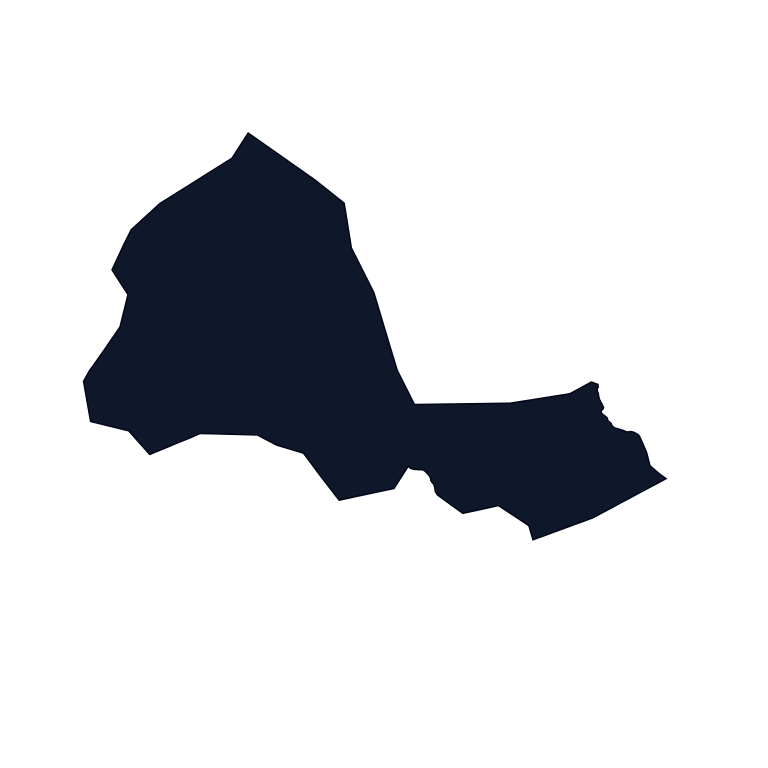 Tu'devtei, Dzavhan, Mongolia, rotated 296°
{"feature_id": "93677404B13111069178449", "entity_name": "Tu'devtei", "entity_type": "district", "adm_level": 2, "iso_a3": "MNG", "parent_name": "Mongolia", "parent_adm1": "Dzavhan", "projection": "albers", "projection_center": [96.497, 48.852], "detail": "fine", "context": "isolated", "style": "filled", "palette": "ink", "viewbox_px": 768, "rotation_deg": 296, "n_neighbors": 0, "source": "geoboundaries", "source_scale": "gbopen_adm2", "svg_char_len": 4258}
<svg xmlns="http://www.w3.org/2000/svg" viewBox="0 0 768 768"><g transform="rotate(296 384 384)"><path d="M230.0,175.1L218.0,204.2L218.0,204.3L235.2,219.6L235.5,219.8L242.4,225.9L243.9,227.3L244.4,227.7L245.1,228.4L250.6,233.3L254.4,236.6L254.5,236.6L256.2,238.1L258.9,240.4L260.2,243.3L260.4,243.7L264.3,252.1L282.7,292.6L282.3,303.9L282.2,308.8L282.0,312.7L282.0,314.1L283.1,320.9L283.8,324.9L283.9,325.8L285.9,338.0L286.5,342.0L279.7,355.3L279.4,355.9L278.3,357.9L278.0,358.5L276.6,361.1L275.0,364.3L274.5,365.2L274.0,366.2L273.7,366.8L270.0,374.2L270.0,374.3L267.7,378.9L266.8,380.7L264.5,385.4L264.1,386.2L262.0,390.3L261.8,390.9L259.9,394.6L268.5,405.6L269.3,406.5L278.7,418.6L279.7,419.8L280.2,420.4L280.8,421.2L282.8,423.8L283.3,424.4L287.4,429.7L287.9,430.3L288.7,431.4L289.1,431.9L290.1,433.1L290.5,433.7L294.5,438.8L320.7,441.8L320.0,444.1L319.9,444.9L320.0,445.7L320.0,445.9L320.1,446.9L320.5,448.5L320.9,449.4L321.9,451.9L322.2,452.8L323.0,454.2L323.5,455.6L323.8,456.7L323.8,457.8L323.7,458.8L323.6,459.1L323.3,460.0L322.3,462.6L321.2,465.2L320.3,466.5L319.5,467.3L318.3,468.0L317.7,468.6L317.3,469.0L317.0,469.6L316.6,470.6L315.9,472.3L315.3,473.0L314.7,473.7L313.7,474.6L312.7,475.2L312.4,475.5L312.1,475.8L311.4,476.3L310.4,476.8L309.6,477.6L309.1,478.3L307.7,480.8L306.3,488.9L306.2,489.2L305.2,494.9L302.3,511.6L324.9,540.1L320.2,576.3L309.3,586.2L355.0,630.1L375.9,645.3L376.4,645.6L378.0,646.8L378.8,647.3L386.9,653.2L387.4,653.6L388.0,654.0L389.9,655.4L390.5,655.8L390.7,656.0L391.5,656.5L410.3,670.1L410.6,670.4L422.6,679.0L423.9,671.2L427.2,658.8L428.0,658.1L428.9,657.4L430.8,655.7L431.4,655.3L437.7,649.9L440.6,646.5L442.9,643.8L443.3,643.4L444.4,642.0L444.5,642.0L447.6,638.3L448.2,637.6L448.9,636.7L449.4,635.8L449.7,635.1L450.0,633.3L450.1,631.0L450.1,629.8L449.9,628.4L449.6,627.5L449.3,626.2L448.7,625.5L447.7,624.1L447.5,623.4L447.3,622.3L447.2,621.4L447.2,620.4L447.1,619.1L446.9,617.7L446.4,614.8L446.3,613.8L446.1,612.7L445.9,612.0L445.7,611.1L445.7,610.3L445.8,609.5L445.9,608.8L446.3,607.7L447.0,606.6L447.8,605.9L448.3,604.9L448.7,603.7L448.8,602.9L448.9,602.3L449.0,601.7L449.3,601.1L449.8,600.7L450.3,600.4L450.9,600.0L451.5,599.2L451.9,597.5L452.7,593.5L453.4,592.1L453.9,591.7L454.4,591.2L454.7,590.9L455.0,590.9L455.6,591.1L456.8,591.5L457.0,591.6L457.5,591.8L458.3,591.8L458.6,591.7L458.9,591.7L459.3,591.5L459.6,591.1L459.9,590.7L460.2,590.3L460.7,589.6L461.1,589.1L461.5,588.5L461.9,588.1L462.4,587.4L462.6,587.0L462.9,586.4L463.3,586.0L463.8,585.6L464.1,585.3L464.4,584.7L464.7,584.2L465.1,583.8L465.6,583.5L466.5,582.9L467.0,582.4L467.6,581.9L468.5,581.3L469.2,581.0L469.7,580.6L469.9,580.3L470.3,579.7L470.5,579.3L470.9,579.1L471.2,579.0L471.6,578.8L471.9,578.5L472.1,578.3L472.4,578.1L472.6,577.9L472.8,577.8L473.2,577.7L473.5,577.7L474.4,578.0L474.9,578.0L475.4,577.8L475.6,577.6L475.8,577.3L476.3,576.9L476.9,576.7L477.0,576.6L477.4,576.5L477.3,575.8L476.7,569.6L476.5,569.4L456.7,555.3L439.4,530.6L433.8,522.7L433.7,522.5L429.6,516.6L423.7,508.2L422.1,505.9L420.6,502.9L419.1,500.0L403.0,468.1L395.3,452.9L395.2,452.6L382.2,426.9L378.9,420.3L383.3,414.6L394.2,400.3L402.2,389.8L421.8,371.6L432.7,361.6L433.4,360.9L443.5,351.6L443.8,351.4L446.1,349.2L461.7,334.8L467.1,327.7L467.6,327.1L473.1,319.8L473.5,319.3L474.1,318.5L474.3,318.3L476.0,316.1L476.9,314.8L480.6,310.0L481.0,309.5L492.0,295.0L505.7,285.4L509.1,282.9L509.7,282.6L529.1,268.9L529.3,267.7L529.5,266.8L530.0,264.8L530.1,264.1L537.1,232.6L539.1,219.9L539.2,219.6L539.6,217.2L542.2,200.5L542.3,200.3L550.0,152.0L550.0,151.9L520.3,148.4L511.3,142.8L511.1,142.7L508.7,141.2L494.9,132.6L494.4,132.3L486.2,127.2L485.5,126.8L447.9,103.4L437.5,99.3L436.0,98.8L434.0,97.9L432.2,97.2L428.1,95.6L426.9,95.1L425.7,94.6L424.8,94.3L411.9,89.2L395.9,89.0L393.7,89.0L393.1,89.0L392.1,89.1L391.5,89.1L386.1,89.2L384.1,89.2L367.4,89.5L356.4,107.6L353.6,112.4L353.5,112.5L353.3,112.7L353.2,113.0L352.9,113.5L352.1,114.7L335.1,118.4L334.8,118.4L319.7,121.7L291.9,117.6L285.3,116.5L284.7,116.4L283.6,116.3L282.8,116.1L282.2,116.0L281.6,115.9L280.0,115.7L278.4,115.4L273.8,114.7L271.1,114.2L269.4,113.9L268.2,113.7L265.7,113.3L264.7,113.3L254.8,112.8L254.7,112.8L221.7,136.7L230.0,175.1L230.0,175.1Z" fill="#0f172a" stroke="#020617" stroke-width="1.5"/></g></svg>